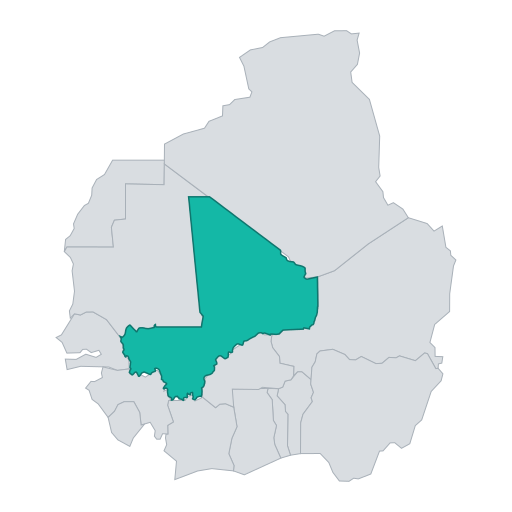 Mali and the surrounding countries
{"feature_id": "MLI", "entity_name": "Mali", "entity_type": "country or territory", "adm_level": 0, "iso_a3": "MLI", "parent_name": "Africa", "parent_adm1": "", "projection": "robinson", "projection_center": [-5.437, 17.569], "detail": "fine", "context": "with_neighbors", "style": "filled", "palette": "teal", "viewbox_px": 512, "rotation_deg": 0, "n_neighbors": 13, "source": "natural_earth", "source_scale": "50m", "svg_char_len": 11376}
<svg xmlns="http://www.w3.org/2000/svg" viewBox="0 0 512 512"><path d="M164.5,160.2L164.1,184.7L125.5,183.9L125.5,219.0L114.4,220.2L111.4,227.3L113.4,247.1L66.9,247.0L64.3,251.6L65.6,239.4L70.2,235.7L74.2,228.5L73.5,223.9L77.7,214.2L84.4,205.5L88.4,203.3L91.7,195.3L92.1,188.0L96.6,179.5L104.5,174.5L112.6,160.2L164.5,160.2Z" fill="#d9dde1" stroke="#a8b0b8" stroke-width="1"/><path d="M66.9,353.1L62.1,342.4L56.1,337.5L61.4,334.9L74.5,313.8L80.4,315.0L86.3,312.0L93.0,311.9L106.5,319.6L121.5,339.1L124.3,355.4L128.8,359.3L129.2,368.9L117.4,370.4L108.8,367.0L80.7,366.3L67.1,369.6L65.3,359.1L76.2,359.4L85.8,354.2L96.1,357.4L101.3,354.3L98.9,350.3L91.2,352.6L86.5,349.2L82.7,349.4L80.0,352.7L66.9,353.1Z" fill="#d9dde1" stroke="#a8b0b8" stroke-width="1"/><path d="M64.3,251.6L66.9,247.0L113.4,247.1L111.4,227.3L114.4,220.2L125.5,219.0L125.5,183.9L164.1,184.7L164.3,163.9L208.3,197.1L190.3,197.3L201.7,315.6L203.7,317.3L201.1,326.9L153.0,327.1L151.2,330.2L146.6,329.3L139.8,332.0L127.6,328.5L125.6,336.6L121.5,339.1L106.5,319.6L93.0,311.9L86.3,312.0L80.4,315.0L74.5,313.8L70.3,318.2L69.4,310.9L72.8,304.1L74.5,291.2L72.1,270.8L73.4,264.0L70.4,257.5L64.3,251.6Z" fill="#d9dde1" stroke="#a8b0b8" stroke-width="1"/><path d="M300.5,453.6L290.5,455.2L287.5,445.8L287.9,414.3L285.5,411.5L285.0,404.7L277.1,395.9L278.6,388.7L282.7,387.1L285.1,381.1L291.0,379.8L297.6,371.7L301.9,371.7L311.1,379.6L310.7,384.1L313.5,392.3L311.1,397.8L312.4,401.5L303.0,414.2L300.7,422.8L300.5,453.6Z" fill="#d9dde1" stroke="#a8b0b8" stroke-width="1"/><path d="M442.3,226.0L445.9,247.3L450.4,250.9L450.8,255.3L455.9,260.0L453.5,265.9L449.7,293.7L449.6,311.5L434.7,324.4L429.9,342.5L435.0,347.6L435.1,356.4L442.8,356.7L441.8,363.1L438.4,363.9L438.1,368.3L435.8,368.6L427.4,353.6L424.6,353.0L415.4,360.7L399.5,355.9L396.1,357.8L389.0,357.4L382.0,363.3L375.9,363.6L361.3,356.5L355.6,359.9L349.5,359.6L344.9,354.5L332.8,349.3L320.0,351.0L316.9,353.9L315.2,361.8L311.9,367.3L311.1,379.6L301.9,371.7L297.6,371.7L293.6,375.7L293.8,366.4L279.9,363.2L279.5,356.6L272.7,347.7L271.0,341.4L271.9,334.8L279.6,334.2L284.0,329.4L311.0,326.0L311.9,317.6L318.3,308.4L317.8,276.8L334.5,270.7L368.4,243.8L408.3,217.7L427.2,223.6L434.0,231.1L442.3,226.0Z" fill="#d9dde1" stroke="#a8b0b8" stroke-width="1"/><path d="M300.5,453.6L300.7,422.8L303.0,414.2L312.4,401.5L311.1,397.8L313.5,392.3L310.7,384.1L311.9,367.3L315.2,361.8L316.9,353.9L320.0,351.0L332.8,349.3L344.9,354.5L349.5,359.6L355.6,359.9L361.3,356.5L375.9,363.6L382.0,363.3L389.0,357.4L396.1,357.8L399.5,355.9L415.4,360.7L424.6,353.0L427.4,353.6L435.8,368.6L438.1,368.3L442.9,373.8L441.1,380.8L431.2,391.4L421.7,419.9L415.3,425.6L409.8,443.7L401.5,448.3L394.7,442.7L390.1,442.9L383.0,450.9L379.5,451.1L370.8,474.0L358.3,478.9L353.7,478.2L349.0,481.3L339.4,481.0L332.9,472.4L328.8,462.5L320.2,453.5L300.5,453.6Z" fill="#d9dde1" stroke="#a8b0b8" stroke-width="1"/><path d="M278.6,388.7L277.1,395.9L285.0,404.7L285.5,411.5L287.9,414.3L287.5,445.8L290.5,455.2L280.8,458.1L274.8,444.6L273.8,437.8L276.5,425.5L273.4,420.5L272.2,399.7L267.1,392.6L268.0,388.4L278.6,388.7Z" fill="#d9dde1" stroke="#a8b0b8" stroke-width="1"/><path d="M268.0,388.4L267.1,392.6L272.2,399.7L273.4,420.5L276.5,425.5L273.8,437.8L274.8,444.6L280.8,458.1L244.3,474.8L233.5,470.9L234.0,465.5L228.8,453.7L231.9,438.3L237.0,426.7L232.1,396.9L232.3,389.1L268.0,388.4Z" fill="#d9dde1" stroke="#a8b0b8" stroke-width="1"/><path d="M168.6,400.6L185.2,400.4L187.5,396.4L193.0,395.2L194.9,401.0L202.7,397.3L215.6,407.7L219.8,404.2L225.5,403.7L233.7,407.2L237.0,426.7L231.9,438.3L228.8,453.7L234.0,465.5L233.5,470.9L211.8,468.6L197.5,471.0L174.8,479.6L176.5,461.2L164.0,450.8L166.7,444.7L165.5,438.0L166.0,434.1L167.9,434.0L167.7,425.4L173.4,421.9L167.6,405.2L168.6,400.6Z" fill="#d9dde1" stroke="#a8b0b8" stroke-width="1"/><path d="M103.0,366.9L117.4,370.4L129.2,368.9L129.9,373.9L134.9,372.0L145.4,377.1L155.5,370.3L157.9,370.7L166.9,383.2L163.9,391.2L166.5,389.9L168.0,391.5L167.4,395.6L171.0,399.5L168.6,400.6L167.6,405.2L173.4,421.9L167.7,425.4L167.9,434.0L162.6,433.7L160.1,439.2L156.7,439.2L154.4,436.2L155.2,430.7L150.2,422.3L141.1,425.0L139.7,412.4L133.8,401.7L124.2,401.7L118.0,404.6L114.5,411.3L108.1,417.4L98.2,403.9L92.1,399.4L89.1,390.3L85.6,388.1L91.0,381.4L94.6,381.6L102.4,377.5L101.4,373.0L103.0,366.9Z" fill="#d9dde1" stroke="#a8b0b8" stroke-width="1"/><path d="M108.1,417.4L114.5,411.3L118.0,404.6L124.2,401.7L133.8,401.7L139.7,412.4L141.1,425.0L144.4,424.2L133.3,438.0L129.8,446.4L117.9,439.9L111.6,432.5L108.1,417.4Z" fill="#d9dde1" stroke="#a8b0b8" stroke-width="1"/><path d="M202.7,397.3L201.9,389.3L205.1,383.5L204.9,378.8L214.4,367.5L216.2,358.1L219.4,354.7L225.3,356.6L230.3,353.8L231.9,350.3L241.2,344.1L243.5,339.8L254.7,334.2L261.2,332.2L264.3,334.8L271.9,334.8L271.0,341.4L272.7,347.7L279.5,356.6L279.9,363.2L293.8,366.4L293.6,375.7L291.0,379.8L285.1,381.1L282.7,387.1L278.6,388.7L262.4,387.3L258.6,389.5L232.3,389.1L233.7,407.2L225.5,403.7L219.8,404.2L215.6,407.7L202.7,397.3Z" fill="#d9dde1" stroke="#a8b0b8" stroke-width="1"/><path d="M164.3,163.9L164.5,144.1L183.4,134.0L204.5,128.2L209.0,121.3L222.5,115.9L222.9,105.8L229.6,104.6L234.8,99.5L249.9,97.2L251.9,91.9L248.8,88.9L243.9,66.1L239.5,57.4L250.4,49.9L262.6,47.5L269.7,41.9L280.5,37.7L318.3,34.2L324.1,36.2L334.5,30.8L346.6,30.7L351.4,33.9L359.1,33.1L357.1,40.1L359.6,53.1L357.4,64.4L350.7,72.0L352.1,82.4L369.4,99.4L379.7,136.1L378.7,167.4L380.1,176.0L375.6,181.7L382.9,191.7L383.5,197.6L387.9,205.2L393.4,202.7L402.9,209.1L408.3,217.7L368.4,243.8L334.5,270.7L317.8,276.8L304.6,278.2L304.4,269.5L291.4,263.3L288.5,256.9L164.3,163.9Z" fill="#d9dde1" stroke="#a8b0b8" stroke-width="1"/><path d="M130.7,369.4L130.8,368.4L130.0,367.6L130.0,367.3L130.1,366.3L130.4,364.3L130.4,363.5L130.7,362.0L130.2,361.3L130.1,360.8L129.5,360.0L128.9,358.9L128.7,358.0L128.5,357.2L127.8,356.1L127.4,356.0L126.4,355.8L126.2,356.2L125.8,356.7L125.5,356.9L124.9,356.2L124.7,355.6L124.7,355.1L124.0,354.2L122.8,352.5L123.0,351.2L123.7,350.4L123.9,349.9L124.0,349.2L123.6,348.5L123.3,347.9L123.4,346.5L123.3,344.7L122.7,343.7L122.2,343.1L121.4,342.3L120.8,341.2L121.1,339.7L121.3,338.6L120.2,336.4L122.3,337.3L122.6,337.0L123.3,336.5L124.3,335.4L125.1,333.9L125.5,332.0L125.7,330.4L126.1,329.1L126.5,328.0L127.5,326.8L128.5,325.9L129.6,325.1L130.2,325.2L131.3,326.4L133.6,328.9L135.5,330.7L136.2,331.7L136.9,331.7L137.8,329.9L138.8,328.4L139.3,328.0L140.6,327.8L141.7,327.8L142.7,327.8L144.5,328.1L145.3,328.4L146.1,328.5L148.3,328.7L150.5,328.3L152.7,327.8L154.2,327.5L154.3,326.8L154.2,325.9L154.5,325.3L155.0,324.7L155.4,324.5L155.6,326.6L156.1,326.9L157.5,327.0L159.7,327.0L162.2,327.0L164.6,327.0L167.1,327.0L169.5,327.0L172.0,327.0L174.4,327.0L176.8,327.0L179.3,327.0L181.7,327.0L184.2,327.0L186.6,327.0L189.1,327.0L191.5,327.0L193.9,327.0L196.4,327.0L198.8,327.0L201.4,327.0L202.0,323.0L202.7,319.3L203.2,316.2L201.4,314.0L200.0,312.3L199.6,309.0L199.3,305.6L199.0,302.2L198.6,298.8L198.3,295.4L198.0,292.0L197.6,288.5L197.3,285.1L196.9,281.7L196.6,278.3L196.3,274.9L195.9,271.5L195.6,268.1L195.3,264.7L194.9,261.3L194.6,257.9L194.3,254.5L193.9,251.1L193.6,247.6L193.3,244.2L192.9,240.8L192.6,237.4L192.3,234.0L191.9,230.6L191.6,227.2L191.3,223.8L190.9,220.4L190.6,217.0L190.3,213.6L189.9,210.2L189.6,206.7L189.3,203.3L188.9,199.9L188.6,196.8L192.3,196.8L196.1,196.8L199.9,196.8L205.4,196.8L209.5,196.8L213.1,199.4L216.4,201.9L220.2,204.8L224.1,207.8L228.0,210.7L231.9,213.6L235.7,216.6L239.6,219.5L243.5,222.4L247.4,225.4L251.3,228.3L255.2,231.2L259.1,234.2L263.0,237.1L266.9,240.0L270.8,243.0L274.7,245.9L278.6,248.8L280.4,250.2L280.6,250.7L280.7,251.8L280.6,253.0L280.7,254.1L281.2,254.7L282.2,255.5L286.0,257.7L286.3,258.1L286.4,259.0L286.9,260.1L287.7,260.7L288.7,261.2L289.8,261.5L293.3,261.9L294.0,262.4L295.5,264.4L296.3,264.8L298.7,265.4L300.3,265.7L301.0,265.9L302.5,266.4L304.2,267.3L305.1,268.1L305.1,268.4L305.1,269.1L305.1,271.3L305.4,272.5L305.7,273.3L305.7,273.9L305.3,274.2L305.0,274.7L304.8,275.3L304.4,276.1L304.0,276.9L304.2,277.6L304.8,278.0L305.8,278.8L306.6,279.1L307.0,279.2L307.5,279.1L308.0,279.0L310.9,278.4L313.6,277.8L317.4,277.0L317.4,279.4L317.5,283.0L317.5,287.1L317.6,290.8L317.7,295.0L317.7,298.4L317.8,302.4L317.8,306.4L317.5,306.9L317.4,309.2L317.3,312.1L316.6,315.2L315.4,317.5L314.9,319.6L314.6,320.8L314.1,321.5L314.0,322.3L313.8,323.4L313.4,324.2L313.1,324.6L311.8,325.0L309.6,327.2L309.4,328.9L306.8,328.4L304.1,327.9L303.7,328.0L303.4,329.1L299.6,329.3L296.4,329.4L292.4,329.6L289.7,329.7L286.2,329.9L283.0,330.1L280.9,332.1L279.0,334.0L278.8,334.0L276.1,334.4L272.6,334.1L270.9,334.1L270.2,334.3L270.1,335.0L267.5,334.0L264.6,333.0L262.6,333.6L262.3,333.4L262.0,333.0L261.0,332.7L259.4,332.8L258.3,333.1L256.6,334.7L255.2,336.0L254.9,336.3L253.0,337.1L249.6,338.9L247.6,340.3L247.1,340.5L246.3,340.8L244.9,340.9L243.8,341.3L242.8,344.8L242.1,345.2L238.0,343.8L237.2,344.0L236.5,344.4L234.2,346.5L233.0,348.2L232.4,350.4L232.5,351.1L232.5,351.9L232.1,352.3L231.6,352.5L231.1,352.5L229.1,352.0L228.5,352.2L228.3,353.3L228.3,355.7L227.9,357.4L226.8,357.9L225.9,358.5L225.2,358.7L224.6,358.6L221.3,356.1L220.2,355.7L218.9,356.0L217.7,357.0L217.2,357.7L216.4,358.5L215.6,359.6L215.8,360.5L216.4,361.6L216.8,362.9L216.8,364.0L213.8,365.7L214.0,366.3L214.5,367.0L214.5,368.2L214.4,370.3L213.8,371.1L213.0,371.8L212.5,372.8L212.0,373.3L211.1,373.9L210.0,374.5L207.9,375.0L206.2,375.4L205.6,375.7L204.8,376.4L204.1,377.3L203.9,378.2L204.0,379.3L204.3,380.1L204.6,380.7L204.8,381.5L204.5,383.5L203.9,385.8L203.3,386.8L202.4,387.4L201.6,388.0L201.9,389.6L202.0,391.8L201.8,393.5L201.8,394.6L201.4,395.7L201.2,396.5L200.8,396.3L199.2,396.4L197.4,397.0L196.7,397.5L196.6,398.1L196.2,398.6L195.6,399.1L195.1,399.7L194.1,399.6L193.1,399.2L192.6,398.8L192.6,398.5L192.9,397.9L193.2,397.3L193.2,396.8L192.9,395.8L192.6,394.7L192.7,394.1L192.5,392.5L192.3,392.4L191.1,392.8L190.6,392.9L190.4,393.1L190.3,393.4L190.6,394.5L190.4,394.7L189.7,394.6L188.7,394.3L187.6,393.3L187.3,393.6L187.2,394.4L187.2,395.3L187.4,397.0L187.1,397.5L186.4,397.4L185.4,397.4L184.6,397.6L184.0,397.6L183.7,398.2L183.5,398.9L183.9,399.6L183.8,399.9L183.6,400.2L183.2,400.4L182.2,399.5L181.2,399.2L179.1,398.8L178.8,397.7L178.4,397.7L177.9,397.1L177.4,396.3L177.0,396.3L176.7,396.6L175.5,396.5L174.4,397.6L173.6,399.1L172.8,399.8L171.9,400.1L171.5,400.1L171.7,399.2L171.6,398.5L171.3,397.9L168.6,396.3L168.2,395.7L167.8,393.9L167.5,392.1L167.5,391.0L167.7,390.1L167.6,389.3L167.3,388.8L166.5,388.2L165.7,388.0L164.6,388.7L164.1,388.8L163.6,388.8L163.4,388.5L163.4,388.1L164.6,386.2L165.2,385.4L165.8,384.8L166.3,384.5L166.6,384.0L166.6,383.6L166.5,383.3L165.8,383.0L164.6,382.1L164.0,382.0L163.4,381.6L162.9,380.2L162.6,379.9L162.1,379.7L161.5,379.4L161.6,377.6L161.6,376.0L160.5,373.4L160.0,371.8L159.4,370.2L158.9,369.4L158.0,368.8L156.8,368.3L155.8,368.2L155.1,368.4L154.7,368.6L154.7,368.9L155.3,369.9L155.4,370.5L155.3,371.0L155.1,371.4L154.6,371.5L153.6,371.8L152.4,372.4L151.5,373.0L150.8,374.3L150.4,374.5L149.6,374.3L147.3,373.3L145.4,372.5L144.1,372.0L143.3,372.3L142.9,372.5L141.8,373.0L140.3,375.1L139.9,375.7L139.6,375.9L139.2,376.3L138.9,376.3L138.5,376.1L138.5,375.9L137.7,374.5L136.9,372.8L136.2,372.1L135.3,372.1L134.6,372.6L133.8,373.6L132.8,374.6L132.2,374.9L131.7,374.7L130.4,373.5L129.5,372.6L129.3,372.2L129.7,371.5L130.0,370.5L130.4,369.7L130.7,369.4Z" fill="#14b8a6" stroke="#0f766e" stroke-width="1.5"/></svg>